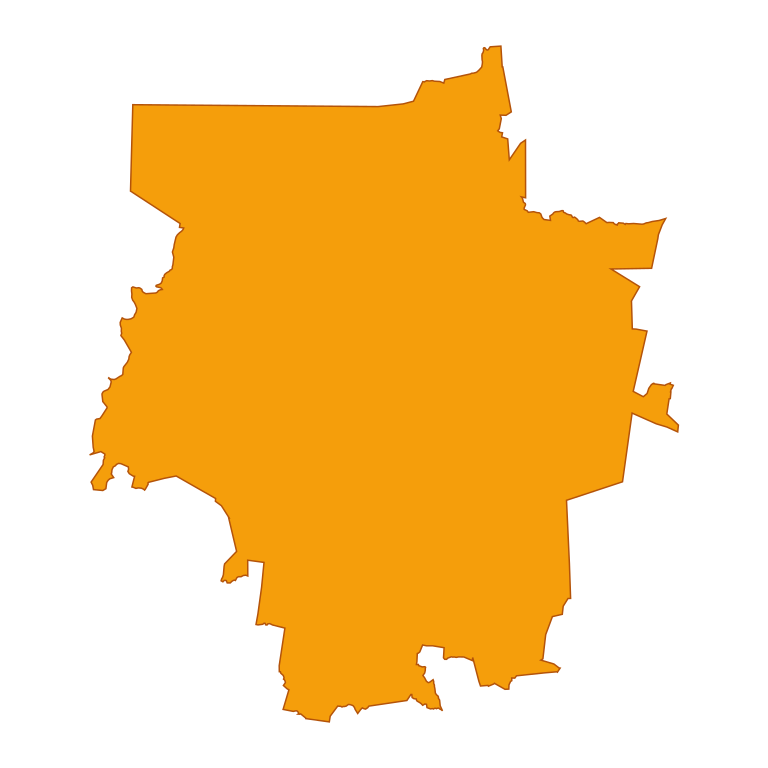 San José de Gracia, Aguascalientes, Mexico (Albers equal-area conic projection)
{"feature_id": "50627088B86600240710870", "entity_name": "San José de Gracia", "entity_type": "district", "adm_level": 2, "iso_a3": "MEX", "parent_name": "Mexico", "parent_adm1": "Aguascalientes", "projection": "albers", "projection_center": [-102.542, 22.143], "detail": "fine", "context": "isolated", "style": "filled", "palette": "amber", "viewbox_px": 768, "rotation_deg": 0, "n_neighbors": 0, "source": "geoboundaries", "source_scale": "gbopen_adm2", "svg_char_len": 6074}
<svg xmlns="http://www.w3.org/2000/svg" viewBox="0 0 768 768"><path d="M570.6,598.4L569.4,563.5L566.5,500.3L622.5,481.8L632.1,413.1L656.2,423.8L666.8,427.0L677.7,431.9L678.4,425.1L666.8,414.0L669.1,398.8L670.3,398.6L670.9,392.0L670.5,392.0L670.5,391.8L671.4,388.7L671.8,388.6L673.3,385.3L670.0,384.1L670.3,383.0L666.0,384.6L665.1,385.4L653.8,383.8L653.9,383.4L653.4,383.3L651.4,384.6L648.8,388.3L647.1,393.5L643.3,396.7L633.2,391.4L647.0,331.1L636.1,329.1L632.3,328.9L631.5,301.7L631.1,301.1L631.5,301.4L631.5,300.9L639.6,286.7L611.0,269.0L651.6,268.3L657.8,238.8L658.4,234.7L662.2,224.8L665.7,218.5L659.0,220.5L652.2,221.5L648.3,222.6L646.2,222.9L643.6,224.0L642.0,224.2L633.6,223.5L628.6,223.8L625.9,223.5L625.2,224.4L623.4,223.2L618.7,222.8L618.2,223.6L617.3,224.1L617.2,225.0L615.5,224.5L614.0,223.6L613.3,222.6L609.1,222.4L606.9,222.6L599.5,217.4L586.1,223.7L584.5,222.1L582.9,221.0L579.4,221.3L578.4,221.0L577.6,219.5L575.5,217.7L574.5,217.1L573.1,217.6L572.4,217.2L571.5,215.4L571.0,215.0L568.9,214.7L566.6,213.9L565.4,213.0L563.6,212.3L563.1,210.7L562.0,210.6L559.2,211.5L555.9,211.7L554.6,212.1L553.6,212.9L552.8,214.0L549.8,216.1L550.5,220.4L544.0,219.5L542.6,218.1L541.9,217.1L540.8,214.0L539.3,212.8L536.9,212.6L533.7,211.7L528.3,212.3L527.2,210.8L524.2,209.4L524.1,208.2L525.5,204.9L525.4,203.9L525.0,203.3L523.5,202.3L522.4,198.1L521.4,196.9L525.6,197.8L525.5,140.0L520.6,143.3L509.3,159.8L507.7,138.9L501.7,136.9L502.5,132.8L499.8,132.3L497.7,130.8L499.3,128.8L501.3,118.6L500.2,115.1L506.0,115.3L511.3,111.9L502.8,66.9L502.2,66.9L500.9,46.1L490.4,46.8L490.1,46.9L488.5,49.3L487.8,50.0L486.8,49.9L485.9,49.2L485.3,48.2L484.5,47.7L483.7,47.9L483.3,48.7L483.7,50.0L483.1,52.5L482.1,53.9L481.9,55.5L482.1,59.8L482.5,61.8L482.3,64.0L481.7,67.1L478.6,70.5L476.5,72.3L473.7,73.1L471.4,73.3L470.6,73.9L444.8,79.5L443.8,83.1L439.8,81.5L434.4,81.2L432.3,80.6L429.5,81.0L426.7,80.7L425.1,81.4L424.6,81.9L422.8,81.6L413.5,101.2L403.2,103.9L378.1,106.6L132.8,104.7L130.5,191.1L180.1,223.5L179.5,227.4L183.7,228.0L183.1,229.5L181.6,231.2L179.6,232.7L177.4,234.8L176.0,237.1L174.2,244.7L173.8,247.8L172.4,252.0L173.8,257.2L172.9,264.8L172.3,266.8L172.3,268.6L171.4,269.6L170.1,270.1L169.4,271.2L166.6,272.8L164.7,274.4L164.1,275.8L164.2,277.0L162.6,277.9L162.2,281.0L161.1,283.2L159.4,284.3L156.3,285.3L155.9,286.1L156.5,286.8L160.2,287.6L161.4,288.2L162.3,289.5L160.3,289.8L158.4,290.7L157.4,292.1L155.8,293.0L145.9,293.7L143.8,292.6L142.4,291.5L141.8,289.4L140.2,288.2L138.9,287.7L136.4,288.0L132.9,286.9L131.6,287.8L131.5,291.0L131.9,294.1L131.7,297.4L132.7,300.2L134.2,302.2L135.3,304.3L136.9,308.4L136.1,312.3L134.6,314.7L133.9,317.0L132.6,317.9L131.0,318.8L128.2,319.4L126.4,319.4L124.5,319.1L122.2,317.9L120.2,322.4L120.3,325.0L121.4,328.2L121.3,331.4L121.7,333.2L120.9,335.6L124.3,340.0L131.4,352.3L129.7,355.0L129.1,356.6L128.8,359.1L127.3,362.3L123.9,366.6L123.3,367.9L122.8,374.4L121.5,375.6L119.8,376.4L116.0,378.9L114.2,379.5L111.1,379.2L109.8,378.6L108.8,377.8L108.6,378.1L110.9,380.5L111.2,382.0L110.0,386.9L108.0,389.5L104.0,391.2L103.1,391.9L102.1,393.6L102.0,394.6L102.8,401.6L106.9,406.7L107.1,407.8L101.9,415.9L100.0,418.5L96.6,419.1L95.4,420.0L92.4,436.1L93.2,447.3L94.1,451.5L93.1,452.9L89.6,454.9L100.9,451.6L104.8,454.0L104.9,455.1L104.1,457.0L104.7,457.8L103.4,460.2L103.1,464.5L91.1,482.1L92.7,485.3L93.5,489.6L102.8,490.5L105.9,488.7L106.7,482.5L108.1,480.3L109.8,478.8L113.7,477.6L111.2,473.9L111.6,473.2L112.0,469.7L113.3,466.9L115.5,465.7L116.5,464.4L118.6,463.4L121.0,463.7L128.3,466.9L128.6,469.1L127.9,471.5L129.3,473.7L133.2,476.1L134.6,476.3L131.9,487.0L133.3,487.3L135.9,488.4L138.3,487.9L141.4,488.2L143.6,489.2L144.6,490.1L145.3,489.3L148.1,484.3L148.0,482.8L148.6,482.3L164.4,478.3L176.2,476.0L215.6,498.5L215.4,501.3L221.4,505.7L229.2,518.0L228.7,518.0L236.6,551.4L224.6,563.9L224.1,566.4L223.4,574.6L222.6,577.2L221.6,579.0L221.1,580.8L222.9,581.8L224.0,580.6L224.9,580.3L226.3,580.6L227.2,582.9L230.3,582.9L231.8,581.4L233.0,580.6L234.3,580.1L235.4,580.5L237.0,577.5L238.5,576.7L241.1,576.7L243.3,575.5L245.8,575.2L247.8,576.0L247.7,560.2L264.0,562.4L261.6,587.2L257.9,614.0L256.0,624.5L258.0,624.9L262.7,624.3L264.1,623.2L265.2,623.4L265.6,624.8L267.0,625.0L267.8,623.9L269.8,623.6L272.6,625.0L284.9,628.1L279.2,665.7L279.3,671.7L280.4,671.8L280.8,673.2L283.3,675.5L284.1,677.9L283.5,679.1L284.5,679.9L285.1,681.1L285.4,682.6L283.4,685.5L287.1,688.8L288.9,689.8L283.1,709.4L293.3,711.4L295.5,710.9L296.8,710.8L298.2,712.2L298.7,713.2L298.8,713.5L298.0,714.1L299.8,714.2L300.7,713.9L305.8,718.1L305.8,718.6L329.3,721.9L330.2,716.2L337.7,706.1L340.6,706.3L342.0,707.0L343.3,706.5L344.6,706.5L346.2,706.1L348.3,704.5L350.1,704.6L352.3,705.3L353.4,706.0L354.6,707.8L355.1,709.3L357.7,713.5L360.6,709.6L362.3,707.9L363.9,708.7L365.6,709.1L367.7,707.7L368.9,706.1L406.9,700.5L410.9,694.5L411.8,694.5L412.1,697.5L413.9,698.7L416.3,699.0L416.5,700.2L417.1,701.1L419.9,702.7L421.3,703.8L422.7,705.3L424.9,704.0L426.5,704.3L427.0,707.6L430.4,708.9L432.4,708.6L433.6,709.0L434.3,708.4L435.8,708.3L436.4,708.7L437.2,708.3L438.9,708.1L439.7,709.0L441.1,709.6L442.5,710.8L440.2,705.8L439.6,700.1L438.3,698.0L438.5,697.2L437.9,695.9L436.5,694.8L435.4,693.1L434.9,688.8L434.4,686.3L434.4,685.1L433.7,683.3L433.7,681.4L433.1,679.7L429.8,682.1L428.7,682.6L428.0,682.5L426.4,681.2L424.5,677.6L422.9,675.5L424.7,673.0L425.3,670.3L425.3,668.6L425.6,667.3L424.9,666.7L422.2,666.9L418.7,665.6L418.4,664.5L416.4,664.5L416.9,661.7L417.3,653.5L418.4,653.1L419.8,651.9L422.6,645.0L426.5,645.8L432.7,645.8L444.1,647.7L443.5,657.8L444.7,659.3L446.6,659.3L447.8,658.1L451.3,656.8L452.5,657.1L454.4,657.0L456.2,657.4L458.6,656.9L463.9,657.0L472.4,660.6L472.7,657.5L478.9,681.3L480.5,686.0L488.0,685.4L488.4,686.2L493.9,683.9L494.4,683.3L505.0,689.3L508.8,689.1L509.0,684.8L510.6,681.4L511.8,680.7L511.7,678.0L514.8,678.1L516.5,675.8L544.2,672.9L556.8,671.8L557.4,672.2L560.1,668.1L559.0,667.9L553.9,664.0L540.8,660.1L542.9,658.8L545.7,634.6L552.4,616.6L562.3,614.3L563.2,606.2L568.0,598.5L570.6,598.4Z" fill="#f59e0b" stroke="#b45309" stroke-width="1.5"/></svg>